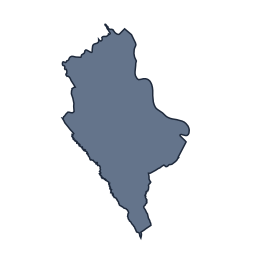 outline of Tan Thanh, Bà Rịa - Vũng Tàu, Vietnam, rotated 148°
{"feature_id": "81297802B41485876419304", "entity_name": "Tan Thanh", "entity_type": "district", "adm_level": 2, "iso_a3": "VNM", "parent_name": "Vietnam", "parent_adm1": "Bà Rịa - Vũng Tàu", "projection": "equal_earth", "projection_center": [107.136, 10.589], "detail": "fine", "context": "isolated", "style": "filled", "palette": "slate", "viewbox_px": 256, "rotation_deg": 148, "n_neighbors": 0, "source": "geoboundaries", "source_scale": "gbopen_adm2", "svg_char_len": 5858}
<svg xmlns="http://www.w3.org/2000/svg" viewBox="0 0 256 256"><g transform="rotate(148 128 128)"><path d="M178.9,151.8L179.2,150.5L179.5,150.3L179.6,150.5L179.4,151.0L179.5,151.2L180.0,150.7L179.8,150.2L180.0,149.5L179.8,148.8L179.5,148.5L179.5,147.5L179.7,147.4L180.3,147.8L180.4,147.5L180.0,146.7L179.8,145.0L179.7,144.9L179.2,145.1L179.3,144.4L178.8,144.1L178.5,143.6L178.6,143.4L179.1,143.2L179.5,142.2L179.3,142.1L178.9,142.7L178.6,142.8L178.6,141.8L178.2,141.2L178.1,140.6L177.7,139.9L177.7,139.7L178.3,139.9L178.1,139.4L178.1,139.0L178.3,138.9L178.7,139.1L178.8,138.6L178.2,138.3L178.2,137.6L177.9,137.4L177.6,136.2L176.8,136.0L176.9,135.7L177.1,135.4L177.5,135.4L177.7,134.7L177.4,134.2L177.5,133.5L177.3,132.2L177.2,132.0L177.0,131.9L176.7,132.6L176.5,132.8L176.4,132.6L176.6,132.1L175.9,132.3L175.8,132.1L176.3,131.7L176.4,131.1L176.3,130.8L175.6,129.9L175.7,127.6L176.0,127.7L176.1,128.6L176.4,128.5L176.5,128.1L176.0,126.5L176.4,125.7L176.2,123.6L176.8,121.6L176.8,120.9L176.7,120.7L176.0,120.7L175.7,120.0L175.0,119.2L174.6,119.0L174.7,118.3L174.5,117.7L174.5,117.1L174.0,116.2L174.0,115.4L173.5,115.5L173.3,114.9L173.1,114.7L172.7,115.2L172.4,115.1L172.4,114.7L172.5,114.5L173.5,114.1L173.1,113.9L173.2,113.6L173.5,113.5L173.4,112.8L173.5,112.2L173.3,112.0L172.7,111.9L172.1,111.1L172.3,110.4L172.2,109.5L173.0,108.7L173.5,107.1L174.2,106.8L174.5,106.2L175.1,106.2L174.9,105.0L174.9,104.3L175.3,104.1L175.7,104.4L176.4,104.5L176.4,104.3L175.9,103.8L176.1,103.5L176.5,103.6L176.5,102.5L176.0,102.0L175.9,101.2L176.1,100.3L176.6,100.5L176.6,99.4L176.1,99.7L175.6,99.1L175.8,98.4L175.2,97.8L175.2,97.1L174.6,97.1L174.7,96.5L174.3,96.1L174.7,95.9L174.7,95.6L174.0,94.5L173.0,92.2L174.1,90.4L174.0,90.0L173.6,90.1L174.2,89.4L174.2,88.6L174.6,88.5L174.7,88.2L174.7,87.7L174.4,87.3L175.3,86.4L174.9,86.2L175.4,85.6L175.1,85.4L175.2,84.8L174.7,84.7L174.6,84.4L175.0,84.2L175.4,84.3L175.7,83.9L175.7,83.4L176.1,82.9L176.6,82.8L176.6,82.2L176.8,82.1L176.5,81.8L176.3,82.3L175.8,80.8L175.8,80.5L176.3,80.2L176.3,79.5L176.5,79.4L176.4,79.2L176.2,79.3L176.6,78.6L176.5,78.3L176.2,78.4L176.5,77.7L176.4,77.2L176.5,76.4L176.0,76.2L175.7,75.4L175.3,74.9L175.4,74.2L175.1,73.3L175.2,73.0L175.4,73.2L175.5,73.0L175.3,72.4L175.4,71.4L175.2,70.5L175.8,69.1L175.8,68.2L176.1,67.4L175.8,66.4L175.3,65.9L175.2,65.0L174.5,64.3L173.9,62.2L172.5,60.7L172.3,59.5L171.9,59.0L171.9,58.6L172.2,56.3L172.5,55.7L173.6,55.1L174.8,53.6L175.2,53.3L175.3,52.4L175.9,50.8L175.8,49.1L176.0,48.3L175.5,47.4L175.4,46.4L175.5,45.3L175.4,43.6L175.1,42.8L175.2,41.7L174.9,40.8L175.1,40.4L175.3,38.9L175.2,38.6L175.4,38.3L175.4,37.3L175.7,36.7L175.6,36.0L175.8,35.3L174.2,33.3L174.5,31.8L175.2,30.2L175.4,27.9L173.9,29.4L172.9,30.7L172.6,31.4L172.4,32.8L167.8,32.9L166.8,33.1L160.1,33.3L159.2,35.3L159.1,36.6L158.6,38.2L158.5,40.6L157.0,44.9L157.1,46.6L156.7,49.3L156.8,51.8L156.5,52.8L156.0,53.2L154.1,53.6L153.6,54.1L151.6,54.6L151.5,55.0L151.6,55.5L151.1,55.6L151.1,56.0L150.9,56.1L150.5,57.2L150.1,57.1L150.1,59.6L149.7,60.4L149.3,60.5L149.4,61.6L149.3,61.9L149.0,62.0L148.5,61.9L148.2,62.6L147.4,62.8L146.9,63.8L146.6,64.2L146.0,63.9L145.7,64.4L144.5,64.2L144.2,64.7L143.5,64.8L141.6,67.1L141.0,68.6L139.4,69.4L138.7,69.3L137.9,70.2L137.4,70.1L137.3,70.8L137.5,71.6L137.2,73.6L136.0,75.5L134.6,78.8L133.1,77.9L131.7,77.8L126.9,77.5L123.7,77.6L122.2,77.3L119.4,77.6L117.4,77.6L116.8,76.9L116.6,75.5L116.1,75.0L115.4,74.7L114.3,74.7L112.4,75.1L111.2,74.4L109.9,74.0L105.6,74.4L103.8,74.8L101.9,75.8L100.7,76.0L100.9,76.7L86.1,85.4L86.4,87.3L87.9,93.3L87.9,94.0L87.6,94.5L87.0,94.6L86.2,94.3L83.7,91.6L82.8,90.8L81.7,90.4L80.4,90.6L79.0,91.4L77.3,93.6L76.8,94.6L76.4,96.0L76.1,97.9L76.5,101.1L77.2,103.2L78.5,105.2L82.3,109.3L85.6,112.2L87.2,113.9L88.8,116.2L89.6,118.1L90.7,122.5L93.1,127.9L93.7,129.6L93.8,131.5L93.5,133.9L92.7,136.7L89.9,142.3L87.1,146.8L85.8,149.5L85.0,151.9L84.7,153.5L84.6,155.1L84.6,156.1L85.1,157.9L85.6,158.9L86.9,160.4L88.8,161.6L91.2,162.4L93.4,163.4L94.0,164.6L94.1,165.3L94.0,168.3L93.2,170.4L92.2,172.0L88.4,176.9L87.1,178.8L85.4,180.4L85.0,183.7L84.8,184.8L83.5,188.0L81.2,191.2L80.0,192.3L77.9,193.7L77.2,194.4L77.0,195.0L76.6,196.1L75.6,205.3L78.3,213.9L85.4,212.2L86.0,212.2L86.6,212.5L87.4,213.3L88.1,214.6L88.6,216.1L88.6,217.5L88.8,218.2L88.6,219.0L89.2,219.8L89.3,220.2L90.7,221.0L91.6,222.1L91.9,223.1L91.4,224.4L91.8,225.5L92.0,227.6L92.2,227.9L92.4,228.1L92.7,228.0L92.9,227.3L92.9,226.9L92.5,225.7L93.0,223.2L92.8,221.3L92.9,219.4L92.8,218.2L92.9,217.7L93.2,217.4L94.2,217.3L94.7,218.1L95.2,217.5L96.0,217.2L97.8,217.1L100.4,218.7L101.4,218.8L102.3,218.5L102.4,218.0L102.9,216.8L103.4,216.4L104.8,216.1L105.1,216.2L105.6,217.1L105.8,217.9L105.9,218.8L106.8,217.2L107.8,216.4L109.2,216.3L111.8,217.0L112.7,217.1L113.8,216.8L114.6,216.2L116.4,214.0L117.9,211.8L118.4,211.4L119.2,211.6L119.5,212.0L121.7,215.9L122.3,216.5L123.5,216.4L124.8,215.1L125.7,214.6L128.6,214.6L130.4,213.0L130.6,213.0L134.6,215.8L136.8,218.0L138.0,218.7L139.2,218.8L139.9,218.7L141.0,218.2L142.1,217.3L143.5,217.1L144.4,217.4L145.8,216.6L146.2,216.6L146.7,217.0L147.5,218.2L148.4,218.5L148.6,218.4L149.5,217.4L150.0,216.4L150.1,216.0L150.0,215.5L149.1,214.4L149.0,214.0L149.2,213.2L150.1,212.3L150.4,211.5L150.3,210.9L149.3,210.5L149.4,209.6L149.9,208.3L150.9,207.1L151.1,206.6L151.9,206.7L152.3,206.3L152.5,205.8L152.3,204.1L151.8,204.0L151.3,203.5L150.8,202.2L150.8,201.3L150.7,200.8L151.1,198.4L151.0,193.4L151.1,190.6L152.6,191.1L153.7,191.0L154.5,191.1L154.5,190.8L156.2,189.4L157.9,187.0L159.0,182.4L160.9,177.4L162.5,175.3L165.0,170.5L166.1,170.3L167.0,170.3L168.4,171.3L169.2,172.3L170.5,173.3L173.0,172.8L175.6,171.7L176.5,171.7L177.6,170.7L178.0,170.7L178.5,171.2L178.5,168.5L178.8,165.7L178.2,161.0L177.9,157.8L176.9,152.1L177.3,151.9L177.7,152.1L178.3,151.7L178.6,151.9L178.7,151.5L178.9,151.8Z" fill="#64748b" stroke="#1e293b" stroke-width="1.5"/></g></svg>